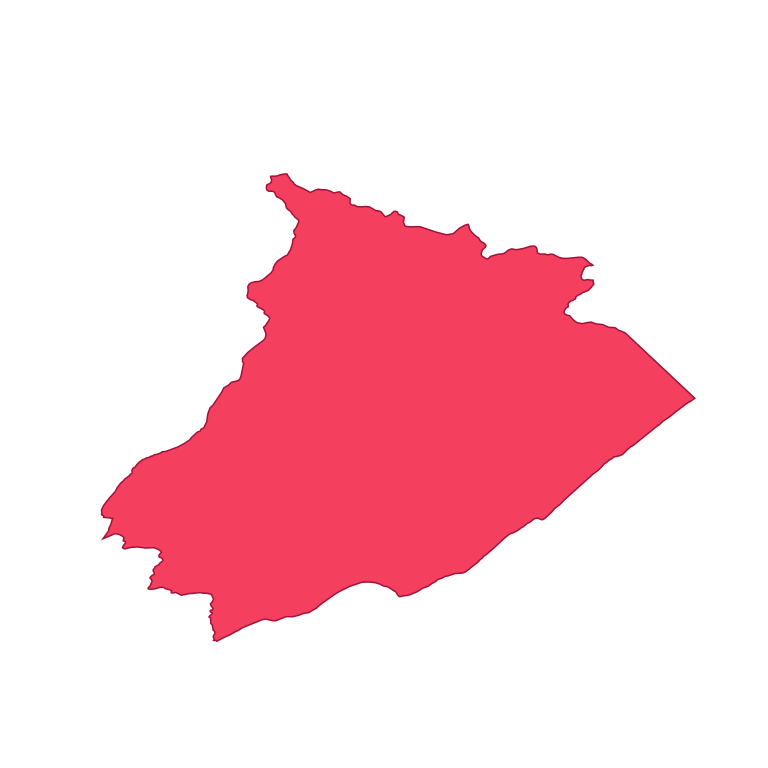 Pacasmayo, La Libertad, Peru (Equal Earth projection), rotated 260°
{"feature_id": "86281439B1064179091614", "entity_name": "Pacasmayo", "entity_type": "district", "adm_level": 2, "iso_a3": "PER", "parent_name": "Peru", "parent_adm1": "La Libertad", "projection": "equal_earth", "projection_center": [-79.413, -7.429], "detail": "fine", "context": "isolated", "style": "filled", "palette": "rose", "viewbox_px": 768, "rotation_deg": 260, "n_neighbors": 0, "source": "geoboundaries", "source_scale": "gbopen_adm2", "svg_char_len": 6151}
<svg xmlns="http://www.w3.org/2000/svg" viewBox="0 0 768 768"><g transform="rotate(260 384 384)"><path d="M607.4,325.2L608.0,323.8L608.1,322.1L608.0,317.5L607.5,315.7L607.5,313.5L608.3,308.6L607.7,308.2L604.4,308.8L602.5,308.0L601.3,306.4L600.5,303.4L599.7,302.8L597.1,302.1L595.4,302.4L593.9,303.9L593.1,307.8L592.2,309.1L591.4,309.8L589.6,309.9L586.8,311.0L585.4,313.3L582.8,316.1L578.5,318.4L574.9,318.4L573.1,319.2L570.1,322.1L567.7,322.9L565.5,324.5L563.9,325.1L560.1,328.5L558.4,328.1L555.4,326.1L552.6,324.1L551.3,322.3L550.4,321.7L548.0,321.7L545.1,322.6L544.0,322.3L542.4,319.5L537.7,318.0L534.5,316.3L532.5,315.2L527.6,311.0L527.0,308.1L523.6,300.4L520.6,297.2L517.8,295.2L516.3,294.9L514.3,293.4L513.0,292.0L507.6,282.5L506.7,278.5L507.1,274.7L506.8,270.8L505.5,268.2L503.6,266.8L499.7,266.5L496.5,265.4L495.1,264.5L492.6,264.6L490.2,267.2L489.1,269.5L485.1,273.2L484.2,273.2L483.2,272.4L482.2,272.6L477.7,278.4L476.4,278.9L475.0,278.3L474.0,278.4L471.5,281.4L468.9,282.8L467.9,282.6L466.0,281.1L463.1,278.2L462.2,277.7L461.1,275.5L460.6,275.2L453.8,276.6L449.8,275.0L447.9,272.8L443.7,264.3L438.6,255.1L433.9,249.1L430.6,248.6L428.7,249.3L416.3,244.4L413.9,242.9L412.9,241.5L412.5,239.6L412.2,234.1L409.9,230.8L408.0,225.5L404.5,223.1L393.0,212.0L390.6,208.4L384.7,205.1L377.8,203.0L372.2,198.9L371.3,196.0L369.6,194.9L369.0,191.8L364.8,185.2L362.7,182.9L360.3,177.5L357.8,170.1L355.5,157.5L355.8,153.8L355.1,152.6L354.2,148.9L354.2,145.6L353.4,143.7L353.2,141.3L352.5,140.2L352.6,138.0L352.3,136.6L351.6,135.0L351.4,132.9L350.0,130.6L349.6,129.3L346.6,125.5L345.4,124.6L344.6,122.1L342.5,120.6L340.7,120.8L339.8,120.2L339.2,118.5L338.1,117.7L335.6,112.6L333.6,110.1L332.3,107.7L328.5,103.5L324.8,100.7L319.7,94.1L315.6,89.5L312.7,86.5L309.0,83.9L306.2,83.8L304.5,83.1L302.7,85.0L301.3,84.7L300.0,89.9L298.9,92.2L298.7,93.4L293.6,90.8L289.7,88.1L287.1,87.2L280.4,80.4L283.4,93.4L281.5,97.6L279.4,100.1L278.1,101.1L277.3,101.1L275.3,100.0L274.7,100.1L273.5,102.2L273.0,102.1L271.8,101.3L270.8,99.8L268.3,98.1L267.1,98.9L266.6,100.8L267.0,105.7L266.4,112.6L263.8,121.0L262.9,128.2L262.6,129.2L260.3,132.9L258.0,135.3L256.8,135.5L254.9,132.9L253.4,132.4L252.4,132.9L251.3,134.7L249.6,135.6L248.8,135.5L248.1,135.1L246.5,132.1L245.2,130.9L243.8,126.9L242.6,126.1L241.4,124.6L240.2,124.2L237.7,124.9L236.5,124.7L235.7,122.2L234.1,120.0L233.5,119.9L231.5,121.1L230.0,121.3L225.9,118.7L224.3,116.5L223.6,116.2L223.1,116.5L222.6,117.4L222.1,120.9L222.1,124.1L222.6,128.1L222.0,131.7L220.4,133.1L217.9,138.5L217.4,138.9L216.3,138.3L215.3,138.4L214.9,139.1L214.9,142.2L214.4,143.5L211.2,147.6L211.4,156.1L210.9,159.1L210.7,164.8L210.3,167.4L209.3,169.7L208.6,173.2L207.4,176.4L206.5,177.5L201.7,178.8L199.3,177.2L197.7,174.9L196.4,174.9L193.0,176.5L192.1,176.5L191.3,175.7L191.3,174.2L190.9,173.5L190.0,173.3L188.6,174.8L187.6,174.9L185.5,171.5L184.9,171.2L184.0,172.5L178.2,171.9L177.0,172.7L175.4,173.1L171.3,173.0L170.3,174.0L168.4,174.3L167.7,174.2L166.0,172.5L164.5,171.9L162.3,172.6L161.1,171.6L160.8,172.3L160.8,173.9L159.7,174.7L162.2,182.3L163.7,188.6L166.1,195.2L166.4,197.1L168.6,202.5L172.9,222.4L173.2,226.5L170.3,233.1L169.6,236.2L171.7,246.2L171.8,247.7L170.7,253.5L171.0,259.5L172.1,265.4L171.9,270.0L175.2,279.1L176.2,280.1L179.0,285.4L185.4,298.9L187.2,303.5L190.6,314.9L192.5,327.1L192.3,330.7L191.4,335.7L189.8,340.9L187.5,345.4L185.3,348.2L183.6,352.3L181.3,355.2L180.7,355.6L177.2,359.6L172.9,361.3L171.9,362.3L171.8,363.5L172.0,367.1L171.7,370.2L172.0,373.1L173.7,380.8L176.2,386.7L177.1,392.4L179.1,396.3L180.5,400.4L182.1,403.1L182.8,407.5L183.9,410.7L183.9,414.0L185.0,420.5L184.2,428.8L184.8,431.6L191.9,444.9L194.7,448.8L195.3,450.4L196.9,452.0L198.2,455.0L203.4,463.7L211.1,475.6L214.4,481.5L215.1,485.7L216.7,490.6L218.8,494.8L219.4,496.7L222.0,501.2L222.4,503.3L225.1,508.4L225.3,511.4L224.7,512.9L223.0,515.6L222.8,516.7L223.6,518.9L228.6,526.7L231.8,530.5L234.8,536.4L238.5,541.4L259.3,574.7L261.5,579.4L263.4,582.3L267.3,587.3L268.1,589.5L269.6,591.9L271.0,595.6L272.3,598.0L272.4,603.1L273.1,606.5L277.7,613.2L279.3,616.0L280.4,619.1L293.8,643.3L296.6,648.9L298.7,651.9L302.7,660.8L305.5,665.6L312.3,678.9L313.9,683.3L316.0,687.6L392.2,630.6L394.7,627.1L396.2,624.2L398.9,621.8L399.5,620.9L400.7,615.4L404.6,609.5L406.4,603.2L409.0,598.8L409.2,594.3L409.0,590.7L409.2,589.3L410.9,584.7L413.9,581.9L418.9,578.7L420.4,575.6L421.6,574.2L423.5,573.6L426.3,575.4L427.2,576.5L428.0,578.7L428.5,579.1L430.8,579.1L432.0,580.1L433.2,582.4L433.5,584.6L434.3,586.0L434.4,586.9L435.1,587.7L436.4,588.0L437.7,590.2L438.4,593.3L439.4,595.1L440.5,600.9L442.2,603.7L446.0,608.1L448.2,607.7L449.9,608.0L451.0,603.9L451.5,602.9L451.4,599.4L451.8,598.2L453.4,596.9L456.4,596.7L457.8,598.0L459.1,598.3L463.7,601.6L464.5,602.8L465.1,606.8L464.5,608.9L464.7,610.3L465.8,609.5L467.4,607.4L471.0,605.0L473.6,602.4L474.3,601.3L475.0,598.1L475.9,586.0L476.9,581.4L478.2,578.5L482.4,572.9L483.0,570.2L482.7,569.0L482.9,567.4L484.2,564.7L484.7,560.6L486.6,557.8L490.9,558.1L492.9,557.2L493.6,556.3L494.0,554.3L494.2,552.1L493.3,545.2L493.2,539.4L493.5,536.8L494.7,533.8L494.9,532.6L494.3,529.8L491.9,525.3L491.6,523.0L492.0,519.2L491.5,513.5L491.1,510.9L489.6,508.8L489.3,507.8L489.3,506.8L492.7,502.9L494.4,502.2L496.8,502.9L498.7,504.1L499.8,505.2L500.8,507.1L502.4,508.4L503.2,508.3L505.6,506.8L506.8,504.9L508.5,503.6L511.6,502.5L512.6,501.0L518.7,496.4L522.0,495.2L526.5,494.8L526.7,493.6L526.2,490.8L524.5,485.7L520.0,478.2L520.0,472.8L520.4,470.7L524.5,461.8L532.5,447.1L533.0,445.3L534.1,437.7L535.3,433.3L536.2,432.0L540.0,431.2L544.6,432.9L545.7,432.1L548.9,427.4L551.2,427.1L552.2,425.1L552.3,423.8L550.8,421.3L550.1,420.7L548.4,414.9L549.0,413.8L554.2,410.9L555.4,408.8L556.2,406.1L560.8,400.6L561.9,397.3L562.4,393.0L563.1,389.1L564.0,387.3L565.2,386.3L565.8,383.5L566.3,382.6L568.9,382.0L572.5,382.9L575.7,379.4L576.5,377.9L578.0,376.0L580.8,374.0L581.1,371.7L580.8,368.1L581.2,367.0L582.6,365.7L584.7,362.0L585.6,359.3L586.1,356.4L587.2,353.6L587.0,350.3L585.5,345.1L585.8,344.2L590.5,338.4L594.6,332.1L596.4,330.3L598.5,329.6L600.5,327.8L606.6,325.2L607.4,325.2Z" fill="#f43f5e" stroke="#9f1239" stroke-width="1.5"/></g></svg>